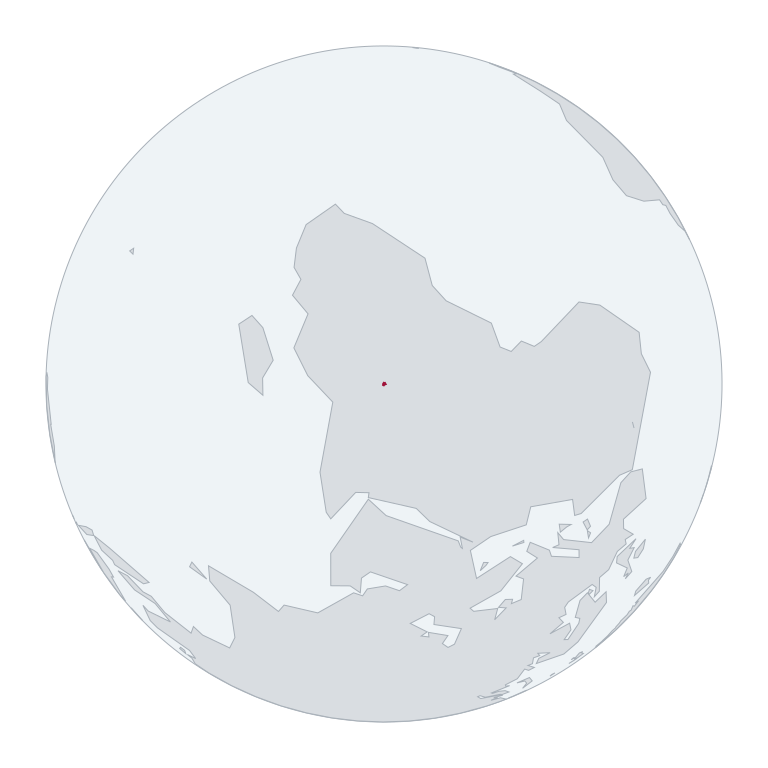 the Earth from above Kirundo, rotated 147°
{"feature_id": "BDI-2643", "entity_name": "Kirundo", "entity_type": "Province", "adm_level": 1, "iso_a3": "BDI", "parent_name": "Burundi", "parent_adm1": "", "projection": "orthographic", "projection_center": [30.179, -2.549], "detail": "fine", "context": "on_globe", "style": "filled", "palette": "rose", "viewbox_px": 768, "rotation_deg": 147, "n_neighbors": 0, "source": "natural_earth", "source_scale": "10m", "svg_char_len": 6400}
<svg xmlns="http://www.w3.org/2000/svg" viewBox="0 0 768 768"><g transform="rotate(147 384 384)"><circle cx="384" cy="384" r="338" fill="#eef3f6" stroke="#a8b0b8"/><path d="M183.9,111.7L182.4,112.8L177.2,116.8L175.3,118.3L183.9,111.7ZM49.2,338.4L48.3,348.2L50.7,357.0L51.2,371.2L50.4,380.3L52.5,382.5L52.6,388.4L66.5,395.8L78.1,409.9L80.8,430.6L77.0,455.0L87.4,505.6L84.3,523.2L92.9,543.5L106.7,573.4L103.6,572.0L114.2,586.1L120.4,595.0L120.9,596.0L105.9,576.0L92.5,554.9L80.7,532.9L70.5,510.1L62.0,486.6L55.3,462.5L50.4,438.0L47.3,413.2L46.1,388.2L46.7,363.2L49.2,338.4ZM175.3,649.7L171.9,646.5L174.0,648.0L176.9,650.7L175.3,649.7ZM471.9,57.7L474.5,58.4L475.0,58.6L499.6,66.5L523.5,76.2L546.7,87.8L568.9,101.1L590.0,116.1L609.9,132.7L628.4,150.7L645.6,170.1L646.2,170.8L661.9,191.8L676.0,213.9L688.3,237.1L694.7,252.2L694.4,258.6L696.3,264.3L691.5,256.3L692.2,266.4L706.8,302.9L708.9,312.9L706.7,329.7L705.4,322.0L692.7,300.7L695.5,324.5L705.3,347.1L708.8,372.3L703.5,362.9L699.3,340.9L694.8,332.7L692.3,311.7L681.5,280.1L675.9,284.4L672.9,272.3L657.2,246.7L647.1,252.6L633.5,282.3L637.4,313.7L630.2,327.1L607.0,280.5L596.4,250.7L588.2,253.0L564.2,228.1L523.2,225.4L517.3,218.0L509.6,221.2L492.7,213.8L483.6,202.2L473.5,202.9L497.7,233.8L508.6,233.5L517.6,221.8L522.3,233.1L538.5,243.8L520.9,271.0L459.9,295.9L453.9,272.5L407.2,212.0L408.5,205.4L408.3,204.7L407.8,203.4L403.5,214.1L395.5,202.9L420.5,243.7L424.7,262.1L459.0,297.3L455.8,301.0L466.8,308.5L502.1,299.9L502.3,307.9L485.7,344.9L436.8,396.7L443.4,432.5L439.9,463.4L409.5,484.2L412.4,508.3L396.7,517.0L395.9,530.8L383.4,545.7L362.5,560.1L326.8,561.3L324.4,548.7L306.3,524.8L281.1,467.2L289.9,440.3L286.6,420.0L260.8,376.6L266.5,351.8L259.6,342.0L245.4,345.2L237.5,333.7L229.0,333.9L175.8,346.6L160.0,332.6L141.9,288.4L151.7,269.2L154.1,248.7L222.4,176.9L236.2,179.2L289.2,168.0L295.7,169.9L288.7,184.5L327.8,201.1L341.4,188.4L377.6,197.9L402.2,197.4L412.3,170.5L372.0,170.4L365.8,157.9L398.6,146.9L433.9,149.1L432.6,144.5L410.9,133.8L419.6,126.0L403.5,129.7L409.6,134.3L399.6,137.2L393.4,133.4L396.8,130.4L386.3,128.5L373.1,144.5L377.9,151.0L350.1,154.5L355.4,165.9L347.6,171.6L335.8,154.6L337.4,148.3L314.9,132.2L310.7,138.8L331.6,155.0L324.8,153.9L319.2,164.7L318.1,155.7L296.3,137.9L271.6,143.7L239.1,172.2L224.9,175.9L213.6,172.1L226.6,145.2L256.8,140.2L261.8,132.2L256.8,122.3L266.4,122.2L268.0,118.0L279.5,116.5L296.7,105.9L308.6,104.3L316.3,92.9L323.5,91.0L316.8,97.9L318.6,102.5L348.1,100.8L354.1,98.3L356.8,91.6L364.6,92.7L363.4,86.4L380.9,84.1L358.6,82.3L361.1,76.0L372.1,71.5L369.0,69.5L351.0,77.2L347.4,80.8L350.7,84.1L337.5,95.7L327.1,98.1L325.8,86.0L310.9,88.8L316.4,79.6L361.8,62.1L380.2,59.6L408.5,66.6L403.6,69.6L391.0,68.2L401.7,74.4L401.3,71.4L407.8,72.9L411.8,68.6L416.6,69.5L412.3,64.4L418.7,65.1L421.3,68.3L432.7,64.2L446.1,65.6L446.4,64.3L442.9,62.6L462.2,66.4L461.5,65.4L455.0,63.7L449.4,60.8L447.0,57.7L453.9,59.2L455.6,60.5L469.6,66.1L473.2,70.3L475.8,70.7L474.2,67.5L457.2,60.5L453.9,58.3L462.8,61.2L459.3,59.9L459.8,59.4L466.6,60.5L457.2,57.4L453.3,53.3L459.2,54.5L471.9,57.7ZM198.3,210.9L196.3,216.9L198.3,210.9ZM471.3,166.8L492.4,168.9L482.8,152.6L490.1,152.4L484.1,147.4L482.0,151.5L467.4,138.2L476.4,134.5L473.8,128.2L466.6,127.4L452.3,136.7L473.1,155.1L468.3,161.3L471.3,166.8ZM170.9,121.8L174.7,118.7L166.2,125.6L161.4,130.1L153.7,137.3L157.9,133.1L153.7,136.8L155.2,135.3L170.9,121.8ZM265.7,100.2L269.3,101.9L264.3,106.6L249.3,111.5L256.3,104.5L265.7,100.2ZM275.4,103.5L278.3,91.8L287.7,89.2L282.0,92.5L287.9,91.9L280.2,97.2L286.4,107.3L282.4,112.3L256.9,117.0L267.4,112.3L263.3,110.5L275.4,103.5ZM269.0,75.5L270.4,72.9L289.1,70.2L285.6,73.2L270.5,77.5L265.6,76.7L269.0,75.5ZM255.5,71.5L269.4,66.1L268.0,66.6L273.1,64.8L272.8,64.9L274.1,64.5L298.6,57.0L323.6,51.5L349.0,47.9L350.0,47.8L350.7,47.9L343.5,48.6L349.5,48.6L339.7,49.7L341.0,49.7L333.6,51.0L326.9,52.8L322.5,53.4L321.8,54.0L316.9,55.3L314.4,56.4L305.7,58.1L302.0,59.8L300.0,59.7L295.9,62.4L295.1,61.3L288.6,63.5L292.8,63.4L252.1,74.8L235.7,82.0L222.4,89.2L222.8,87.7L235.4,80.6L252.6,72.7L255.5,71.5ZM303.6,164.3L308.7,164.6L316.8,163.7L313.4,171.0L303.6,164.3ZM288.3,152.2L293.0,151.0L292.2,159.8L286.9,159.9L288.3,152.2ZM296.3,143.5L293.3,150.3L291.8,146.7L296.3,143.5ZM321.3,96.9L326.4,95.8L326.6,97.3L323.5,99.9L321.3,96.9ZM366.6,52.0L363.1,51.4L364.8,51.0L363.5,49.4L370.7,49.0L374.3,49.8L366.6,52.0ZM405.0,175.0L397.6,180.1L394.0,177.6L397.3,176.3L405.0,175.0ZM353.0,174.9L364.6,178.1L352.0,176.8L353.0,174.9ZM374.2,51.2L372.8,50.5L377.2,50.8L374.2,51.2ZM375.9,48.7L381.2,48.9L371.4,48.8L375.9,48.7ZM523.8,629.6L524.8,634.1L520.0,634.2L523.8,629.6ZM497.1,459.1L473.2,513.3L457.4,513.4L454.9,497.2L464.0,464.3L482.5,455.2L491.7,440.5L497.1,459.1ZM716.6,444.0L717.2,439.7L716.8,442.4L716.6,444.0ZM717.8,432.8L718.0,434.8L717.1,436.1L717.8,432.8ZM718.0,435.6L717.9,435.6L718.0,435.2L718.0,435.6ZM717.3,432.0L711.6,426.6L708.4,420.5L710.0,415.0L715.2,419.6L717.3,432.0ZM709.7,414.7L703.5,395.7L689.1,345.5L694.5,347.4L708.3,379.2L707.6,383.9L711.3,398.4L709.7,414.7ZM721.1,391.8L720.3,406.6L717.9,402.4L716.4,398.7L715.4,378.6L716.0,369.4L717.6,370.7L719.0,342.5L720.4,351.9L721.0,364.2L721.8,378.4L721.1,391.8ZM638.9,316.9L646.6,336.6L642.1,339.3L638.9,316.9ZM716.2,322.0L717.9,334.1L715.3,317.3L716.2,322.0ZM699.4,273.5L698.0,274.0L696.3,269.2L697.1,265.8L699.4,273.5ZM433.5,53.3L427.3,55.4L427.6,58.2L435.3,60.9L421.9,58.6L421.4,54.3L433.5,53.3ZM450.1,52.8L443.4,51.4L447.9,52.2L450.1,52.6L450.1,52.8ZM444.9,51.8L433.6,50.0L430.9,49.4L440.3,50.9L444.9,51.8ZM403.9,48.6L401.5,49.0L398.0,48.6L403.9,48.6ZM663.4,574.1L660.4,577.5L662.4,572.6L669.1,562.9L685.3,531.0L685.3,532.2L694.3,511.5L702.2,497.9L702.6,496.6L691.8,523.5L678.7,549.4L663.4,574.1ZM720.3,416.6L720.4,415.4L721.4,400.1L721.9,383.0L721.9,381.0L720.3,416.6Z" fill="#d9dde1" stroke="#a8b0b8" stroke-width="1"/><path d="M384.5,382.9L384.8,382.8L385.0,382.7L385.1,382.8L385.2,383.0L385.3,383.1L385.3,383.3L385.5,383.5L385.4,383.7L385.4,383.8L385.5,383.9L385.4,384.0L385.1,384.2L385.1,384.3L384.6,384.8L384.5,384.7L384.5,384.8L384.3,384.8L384.2,384.9L384.0,385.0L383.9,385.0L383.6,385.3L383.4,385.4L383.2,385.1L383.0,384.8L382.8,384.6L382.5,384.5L382.4,384.5L382.4,383.9L382.5,383.5L382.5,383.0L382.5,382.7L382.8,382.8L383.0,382.8L383.3,383.1L383.5,383.3L383.8,383.3L383.9,383.2L384.1,382.9L384.4,382.9L384.5,382.9Z" fill="#f43f5e" stroke="#9f1239" stroke-width="1.5"/></g></svg>